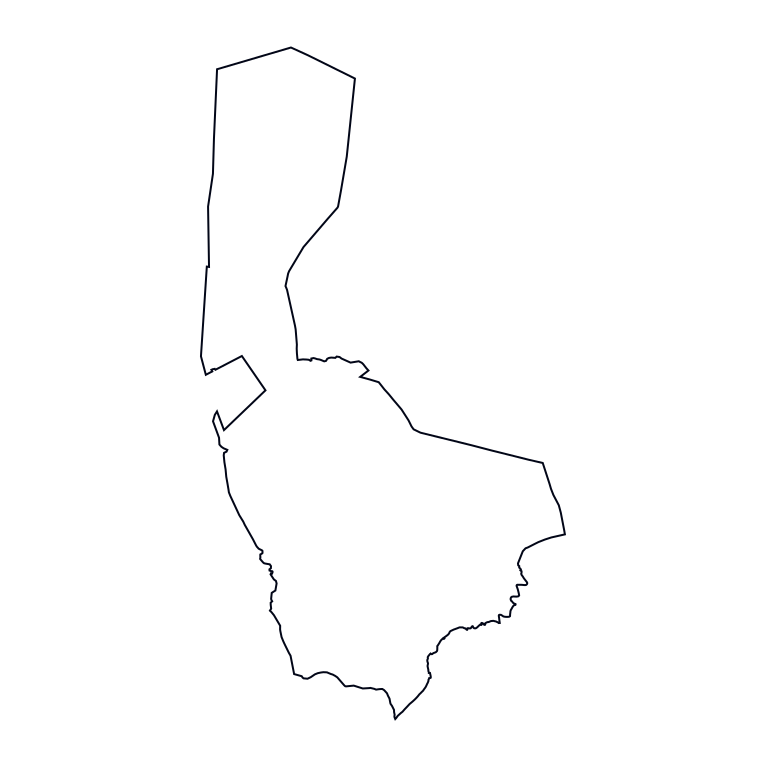 San Antonio, San Luis Potosí, Mexico (Natural Earth projection), rotated 271°
{"feature_id": "50627088B33273723403959", "entity_name": "San Antonio", "entity_type": "district", "adm_level": 2, "iso_a3": "MEX", "parent_name": "Mexico", "parent_adm1": "San Luis Potosí", "projection": "natural_earth1", "projection_center": [-98.884, 21.619], "detail": "fine", "context": "isolated", "style": "outline", "palette": "ink", "viewbox_px": 768, "rotation_deg": 271, "n_neighbors": 0, "source": "geoboundaries", "source_scale": "gbopen_adm2", "svg_char_len": 6067}
<svg xmlns="http://www.w3.org/2000/svg" viewBox="0 0 768 768"><g transform="rotate(271 384 384)"><path d="M711.4,302.1L718.8,285.1L695.8,211.6L626.4,209.7L591.2,209.3L558.3,205.0L498.0,207.0L498.3,204.8L408.5,200.5L390.1,205.7L393.6,212.1L395.2,211.2L395.9,212.8L396.0,214.0L396.2,214.5L395.3,215.2L409.5,241.4L375.6,265.6L335.1,224.8L353.7,217.5L350.2,215.4L343.7,213.7L327.4,220.0L320.6,220.5L318.4,222.5L316.9,224.8L315.4,228.5L313.6,227.7L312.4,225.3L309.9,225.0L303.0,225.8L295.8,227.1L288.5,227.9L281.4,229.3L275.5,230.4L273.0,230.8L269.4,232.3L250.3,241.6L243.9,245.7L240.8,247.2L226.4,255.7L220.4,258.9L219.6,259.4L218.8,260.0L218.0,260.8L217.3,261.4L216.9,262.0L216.3,263.3L215.9,264.2L215.6,264.8L215.2,265.3L214.5,265.4L213.7,265.5L212.8,265.3L212.6,265.3L211.6,263.7L211.5,263.4L211.3,263.3L210.6,263.3L208.2,263.4L207.2,263.2L206.9,263.2L205.5,264.4L203.4,266.3L202.7,267.2L202.4,268.4L201.7,272.9L199.9,274.2L197.8,274.1L196.7,272.7L195.5,272.8L195.0,274.2L194.8,275.6L194.2,275.9L193.3,275.7L192.4,275.3L192.7,274.3L191.7,273.9L186.7,277.3L185.2,279.4L182.7,280.1L175.6,279.0L174.5,277.3L173.2,275.4L169.7,275.1L167.1,274.9L165.9,275.3L164.8,276.0L164.0,275.2L163.3,274.5L161.2,274.6L157.4,275.1L155.4,273.9L153.9,275.5L150.9,278.0L140.5,284.4L136.7,284.4L135.0,284.7L129.2,286.0L125.2,287.7L123.3,288.6L121.5,289.5L113.5,293.6L110.7,295.3L92.4,299.2L90.4,306.8L89.1,307.7L88.3,308.7L88.0,312.7L89.6,315.9L92.5,320.0L93.7,322.8L94.4,325.8L94.8,328.4L94.7,332.0L93.8,334.2L93.1,336.0L92.6,337.8L92.1,338.7L91.4,340.1L89.9,342.4L82.0,349.5L81.2,350.4L81.0,351.3L81.9,359.0L79.2,368.1L79.7,374.6L79.9,375.7L79.0,379.7L78.3,381.4L78.8,384.5L79.0,386.6L79.0,387.7L77.9,389.5L74.8,392.4L72.4,393.4L69.5,395.0L65.1,395.9L64.4,396.1L62.3,397.6L58.3,399.7L56.1,399.8L53.6,400.4L51.9,400.2L50.8,400.4L49.2,401.1L50.2,402.0L52.4,403.5L53.9,405.1L55.3,406.6L56.6,408.2L59.1,410.3L61.7,412.7L64.5,415.2L67.1,418.2L69.1,420.3L70.9,422.0L72.4,423.3L74.5,424.9L75.2,425.7L76.6,427.0L77.3,427.7L77.7,428.1L78.2,428.6L79.0,429.0L79.8,429.6L80.8,430.3L81.5,430.8L82.3,431.2L82.7,431.4L83.8,431.9L84.8,432.3L85.7,432.8L86.7,433.2L87.5,433.5L88.0,433.6L88.4,433.6L88.8,433.7L89.3,433.7L89.5,433.9L90.2,434.2L90.7,434.3L90.8,435.2L91.1,435.8L91.8,435.9L93.5,435.6L95.9,435.0L95.9,433.9L96.4,433.9L97.7,433.4L99.1,433.3L100.8,432.9L102.1,432.6L102.6,432.5L103.0,432.5L103.7,432.6L104.6,432.8L105.3,432.9L105.8,432.8L106.8,432.4L107.6,432.2L108.6,432.1L109.1,432.2L109.7,432.5L110.5,432.7L111.6,432.5L112.4,432.9L113.3,433.5L114.1,434.2L114.8,434.7L115.3,435.3L115.0,435.6L114.7,436.3L114.8,436.9L115.4,437.6L115.8,438.1L116.6,440.2L117.0,440.8L117.9,441.6L118.4,441.8L119.5,441.9L121.0,441.9L122.3,441.9L122.8,441.8L123.6,442.4L125.9,443.8L127.6,444.7L128.9,445.6L129.3,446.0L130.1,446.8L130.7,447.4L130.2,447.9L130.3,448.5L130.7,448.9L131.5,448.5L132.6,450.0L133.2,450.8L134.0,451.8L134.7,452.6L135.6,453.3L136.4,453.7L137.0,453.9L137.6,454.3L138.1,454.8L138.5,455.6L139.7,458.0L140.1,459.1L141.1,461.7L141.7,463.1L141.9,463.6L142.0,464.1L142.0,465.1L142.0,467.0L141.5,468.0L141.1,468.9L141.2,469.2L140.9,469.8L140.7,470.0L140.4,470.3L139.9,470.8L139.7,471.1L139.7,471.5L139.9,471.6L140.2,471.7L140.9,471.9L141.2,471.9L141.2,472.0L141.3,472.5L141.1,474.3L141.2,474.5L141.3,474.9L141.6,475.2L141.8,475.4L142.3,475.6L142.8,476.0L143.2,476.3L143.3,476.5L143.4,476.8L143.3,477.0L142.8,477.2L142.3,477.5L141.8,477.8L141.4,478.4L141.3,479.0L141.3,479.4L141.3,479.8L141.5,480.3L142.3,481.4L143.2,482.3L144.2,483.3L144.8,484.0L145.1,484.3L145.2,484.8L145.0,485.0L144.8,485.2L144.8,485.5L145.0,485.7L145.6,485.6L145.9,485.4L146.0,485.5L146.4,485.5L146.7,485.6L146.8,485.8L146.8,486.0L146.6,486.7L146.3,487.2L146.0,487.3L145.4,487.9L145.0,488.5L144.9,488.9L145.0,489.2L145.4,489.4L145.7,489.4L145.9,489.2L146.3,489.2L146.6,489.7L147.0,490.1L147.4,490.9L147.7,491.5L147.8,492.7L148.3,493.9L148.7,494.7L148.9,495.5L148.9,496.2L149.1,497.0L149.1,497.6L148.8,498.7L148.5,500.2L147.9,501.4L147.5,502.3L147.0,502.9L147.1,503.9L149.6,503.5L151.9,503.2L154.3,502.8L155.1,503.1L155.3,503.7L155.2,505.0L154.4,506.4L153.7,507.4L153.4,508.8L153.3,510.2L153.3,511.8L153.5,513.2L154.0,514.0L155.0,514.1L155.9,514.1L157.7,514.3L159.1,514.4L160.3,514.8L161.3,515.4L163.0,516.3L164.0,516.9L164.9,517.7L165.3,518.6L165.4,519.2L165.8,519.4L166.3,519.3L166.6,518.2L167.7,516.6L168.8,515.9L169.4,515.0L170.7,514.4L171.9,514.4L172.9,514.8L173.5,515.6L173.8,517.0L173.8,518.4L173.7,519.9L173.9,521.3L174.1,522.1L174.6,522.5L175.0,522.8L175.7,522.7L177.5,522.3L180.1,521.6L181.2,521.3L182.5,520.8L184.4,520.1L184.8,520.1L185.3,520.3L185.5,520.6L185.6,521.1L185.6,523.6L185.6,525.6L185.4,527.7L185.4,528.9L185.5,529.3L185.7,529.8L186.2,530.3L186.8,530.6L187.5,530.7L188.7,530.1L189.5,529.4L192.1,527.3L194.0,526.1L195.4,525.0L196.6,524.5L197.0,524.6L197.5,524.8L198.6,524.8L199.2,524.8L199.9,523.8L200.1,523.6L200.5,523.9L200.7,524.1L201.0,524.1L201.4,523.8L201.7,523.5L202.1,523.2L202.8,522.4L204.3,522.4L205.0,521.4L207.0,521.1L219.2,525.7L222.2,528.4L223.0,530.5L227.0,538.0L228.6,541.1L231.3,547.6L233.5,554.0L235.3,561.4L236.8,567.5L241.0,566.7L258.5,563.0L265.8,560.9L276.0,555.3L282.1,552.8L286.9,551.3L307.8,544.1L310.9,529.5L318.0,498.9L319.2,493.6L324.3,472.5L335.9,421.6L336.2,420.8L339.2,414.4L342.0,412.3L348.0,409.2L358.8,402.0L368.6,393.4L373.7,389.1L378.7,384.4L383.4,380.6L385.7,378.7L388.2,369.9L390.7,360.1L397.2,368.2L399.7,365.9L403.3,363.0L404.5,361.8L405.0,361.1L405.5,359.9L406.3,358.4L404.8,350.2L408.7,341.1L410.2,339.1L410.6,336.2L409.3,334.9L409.4,332.8L409.5,330.8L409.2,329.0L409.0,328.3L408.2,326.8L406.6,325.9L406.1,325.6L405.6,323.8L406.9,320.6L407.4,319.0L407.7,316.6L408.4,314.5L408.7,313.0L408.2,310.9L406.3,311.0L405.9,310.1L406.9,308.5L407.1,306.2L407.2,302.5L406.5,297.4L407.6,297.0L413.1,296.4L417.9,296.1L421.9,296.2L437.1,294.7L440.7,294.0L476.5,285.4L477.7,284.9L480.2,283.8L489.9,285.7L492.7,286.2L495.1,287.1L519.5,301.1L547.9,324.6L559.6,334.5L560.8,335.0L576.6,337.6L610.7,342.8L688.9,349.6L711.4,302.1Z" fill="none" stroke="#020617" stroke-width="2"/></g></svg>